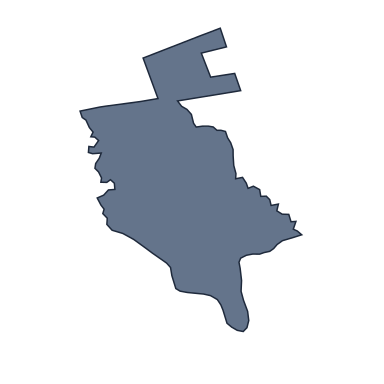 outline of Saudade do Iguaçu, Paraná, Brazil, rotated 163°
{"feature_id": "56859067B21395329583360", "entity_name": "Saudade do Iguaçu", "entity_type": "district", "adm_level": 2, "iso_a3": "BRA", "parent_name": "Brazil", "parent_adm1": "Paraná", "projection": "albers", "projection_center": [-52.606, -25.705], "detail": "fine", "context": "isolated", "style": "filled", "palette": "slate", "viewbox_px": 384, "rotation_deg": 163, "n_neighbors": 0, "source": "geoboundaries", "source_scale": "gbopen_adm2", "svg_char_len": 1629}
<svg xmlns="http://www.w3.org/2000/svg" viewBox="0 0 384 384"><g transform="rotate(163 192 192)"><path d="M279.6,178.8L270.3,172.6L265.3,167.5L261.4,163.4L252.5,151.6L247.8,145.2L237.1,131.5L234.6,126.1L235.7,117.9L235.7,104.4L232.4,100.7L225.9,97.3L215.1,92.8L210.9,91.1L204.6,87.5L199.2,81.7L197.4,75.6L196.9,70.1L196.9,56.2L193.5,51.1L189.2,46.5L183.8,43.6L179.1,46.2L175.3,52.5L173.7,61.6L174.4,73.3L174.1,82.7L170.5,92.8L168.3,104.8L167.6,111.1L164.8,114.5L158.6,115.6L152.0,114.9L145.5,112.8L140.8,113.0L135.0,112.5L130.5,114.0L126.0,116.9L119.7,119.0L107.7,118.9L99.6,119.0L102.7,123.9L106.0,126.8L101.2,133.5L106.0,134.6L106.0,142.3L112.2,144.4L116.4,149.2L112.9,155.2L120.3,156.0L119.9,162.0L122.2,166.3L127.5,167.7L126.6,174.5L131.6,179.6L137.3,179.1L137.5,184.6L139.4,191.2L146.4,191.9L144.6,196.7L144.3,205.2L142.1,214.5L140.3,220.6L140.6,227.8L142.1,233.4L142.3,240.1L146.2,242.5L150.1,243.7L152.7,248.0L157.1,250.2L162.7,251.9L169.0,252.9L170.4,257.3L169.9,266.4L172.7,272.5L176.9,277.0L179.2,283.3L115.8,274.7L116.5,292.9L140.6,296.4L142.5,322.1L116.6,320.7L117.1,340.4L133.1,339.3L138.1,339.0L176.6,336.1L199.6,334.4L197.2,291.3L214.9,293.6L249.3,299.3L255.4,300.2L275.4,302.1L275.2,295.3L272.4,291.8L271.3,283.6L269.1,278.2L272.6,274.4L268.9,272.9L266.3,268.5L272.6,263.6L277.3,265.7L279.5,260.1L275.9,257.7L267.4,255.8L270.8,251.4L275.8,247.4L277.9,243.0L275.5,238.5L274.4,231.9L276.3,228.0L270.7,226.1L266.4,227.6L263.7,223.1L265.0,217.0L271.3,218.4L277.4,214.8L284.4,214.0L282.9,206.1L281.1,201.3L283.6,197.4L280.7,191.7L282.9,185.9L279.6,178.8Z" fill="#64748b" stroke="#1e293b" stroke-width="1.5"/></g></svg>